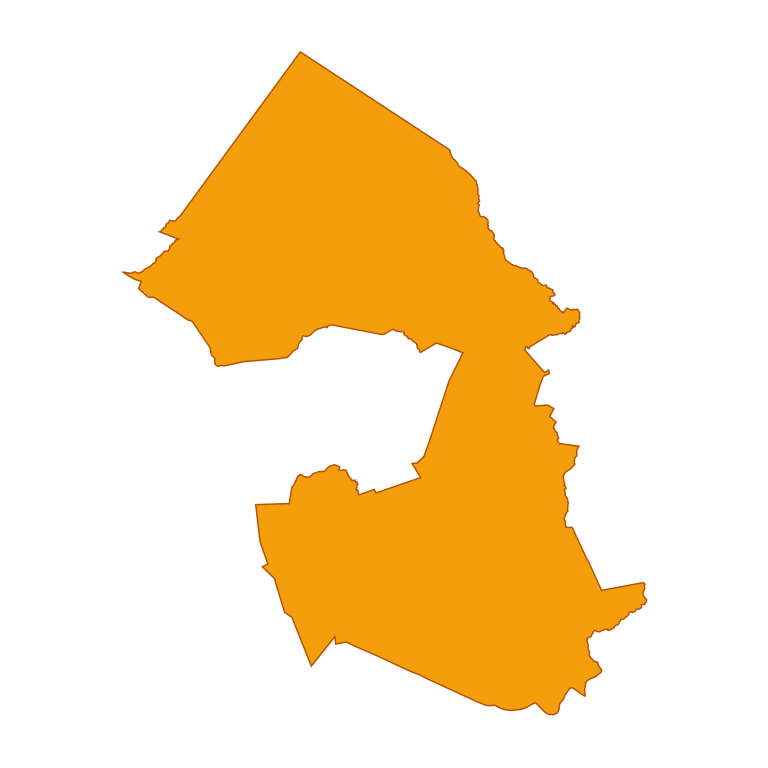 the district of Kieni, Central, Kenya, rotated 269°
{"feature_id": "3690345B61847449937296", "entity_name": "Kieni", "entity_type": "district", "adm_level": 2, "iso_a3": "KEN", "parent_name": "Kenya", "parent_adm1": "Central", "projection": "natural_earth1", "projection_center": [36.912, -0.221], "detail": "fine", "context": "isolated", "style": "filled", "palette": "amber", "viewbox_px": 768, "rotation_deg": 269, "n_neighbors": 0, "source": "geoboundaries", "source_scale": "gbopen_adm2", "svg_char_len": 6127}
<svg xmlns="http://www.w3.org/2000/svg" viewBox="0 0 768 768"><g transform="rotate(269 384 384)"><path d="M540.1,162.3L532.5,181.0L531.7,178.4L531.0,177.6L530.0,177.6L529.2,176.8L528.2,175.1L526.9,174.3L525.8,172.5L522.7,171.7L521.1,170.6L520.5,169.7L520.7,167.4L520.2,166.4L517.4,164.0L515.4,161.6L513.6,158.5L510.6,158.0L509.4,157.4L508.7,155.4L506.0,152.7L502.4,146.0L501.0,145.0L499.2,141.1L499.3,139.6L500.5,137.1L500.4,135.9L499.0,133.0L499.7,129.4L499.5,128.4L500.2,127.4L500.2,125.2L496.1,131.2L493.4,135.9L492.2,138.6L491.0,143.0L483.7,140.4L475.2,149.4L474.7,151.4L474.8,155.1L474.3,156.0L451.4,189.2L450.5,192.7L449.7,193.6L423.5,210.6L416.5,211.9L415.3,212.6L412.8,215.3L407.0,215.3L404.9,217.4L404.7,219.5L405.6,221.4L405.0,223.6L405.1,225.2L408.8,244.3L411.2,279.9L412.1,284.7L411.9,286.7L412.2,287.6L416.2,291.9L418.2,293.3L420.9,297.8L421.7,298.5L425.3,299.2L427.4,300.4L429.9,302.9L431.9,302.8L433.2,303.3L433.6,304.4L432.8,306.9L433.0,308.2L434.2,311.2L437.5,314.5L439.8,317.9L441.8,324.6L442.2,327.0L441.4,327.4L441.6,328.2L442.4,328.1L444.0,331.4L444.1,332.5L433.5,382.9L433.8,385.2L438.3,393.2L438.2,395.0L436.9,396.7L436.0,401.6L436.1,402.9L435.4,405.3L433.7,404.8L432.2,405.8L431.0,408.4L429.8,408.5L428.9,409.3L428.5,412.2L426.9,413.1L423.8,417.2L420.0,417.9L418.9,418.4L417.5,420.1L415.8,420.0L414.9,421.0L424.1,437.1L419.5,449.7L413.8,463.5L386.0,449.1L327.4,428.9L311.5,422.9L309.8,421.7L305.3,416.6L304.5,415.4L303.9,410.7L289.8,419.0L275.2,374.1L278.7,372.3L273.9,357.9L273.8,356.3L276.2,356.6L278.6,355.6L278.1,354.6L279.7,354.1L281.3,355.2L283.6,355.2L284.3,356.1L286.6,355.1L286.1,354.1L287.6,353.2L288.3,353.5L287.9,350.8L292.4,347.1L292.9,346.1L293.8,346.5L298.6,344.4L298.5,343.0L299.0,341.9L298.4,340.7L298.7,337.6L299.7,337.4L301.7,338.3L302.9,336.5L304.1,332.9L302.7,328.2L300.8,325.7L298.2,323.5L297.5,321.2L297.7,319.7L297.4,316.8L296.2,314.0L295.9,312.0L292.2,307.9L291.9,307.1L292.8,303.6L292.4,302.6L294.4,300.4L294.8,299.5L294.7,298.1L293.9,297.8L293.8,296.6L284.4,291.9L282.1,290.0L266.1,287.2L265.6,253.6L228.2,257.4L206.2,264.7L203.4,259.2L190.9,271.5L187.8,272.0L157.4,280.7L152.3,287.9L103.2,306.4L132.2,330.5L124.8,331.2L126.3,339.7L126.4,342.2L121.0,353.3L113.4,370.1L96.0,406.0L92.2,415.5L88.7,421.6L65.1,470.7L61.1,479.8L60.5,483.8L60.9,488.5L60.6,489.9L58.0,494.4L56.5,498.1L55.4,505.2L55.9,511.9L57.1,518.5L61.8,527.5L62.5,529.7L62.0,530.6L53.6,538.6L51.4,541.6L50.7,543.2L50.5,548.1L51.6,550.5L53.3,552.3L56.2,553.4L59.0,553.5L62.2,554.7L65.5,557.8L70.0,559.7L76.3,564.3L76.9,565.6L76.9,566.9L76.4,568.0L70.1,576.7L68.7,578.7L68.6,579.7L74.2,579.2L82.5,580.7L83.3,581.3L85.6,585.0L88.0,591.3L89.5,592.4L91.3,595.3L93.5,596.6L94.3,596.6L99.2,593.2L102.1,592.7L102.9,589.6L106.7,585.8L108.3,584.7L110.9,584.5L112.2,584.9L115.6,583.5L116.8,583.3L118.7,583.7L124.0,582.5L126.2,583.0L126.9,584.0L127.8,586.5L133.6,589.6L133.9,590.4L132.8,592.7L132.5,595.1L132.9,596.3L133.7,596.8L133.8,598.6L134.6,599.8L134.8,601.0L134.7,602.9L133.8,603.7L133.7,604.9L136.3,609.7L137.9,610.4L139.7,614.2L140.6,614.8L141.9,614.7L142.5,615.8L144.7,617.0L144.7,619.1L145.2,620.2L147.0,621.7L147.8,623.4L149.3,624.6L151.3,625.2L152.0,627.7L151.3,628.7L151.6,629.7L152.1,630.9L153.0,631.7L154.2,631.9L154.6,632.7L154.5,635.3L155.1,636.4L156.3,637.6L158.4,637.4L159.0,638.4L158.9,640.2L159.3,641.0L161.2,641.8L161.6,642.5L163.8,642.8L165.9,640.8L168.9,639.4L171.0,639.3L174.9,641.2L178.0,640.8L178.9,641.4L179.8,641.1L180.1,639.9L180.9,639.7L173.8,597.9L202.1,585.7L207.2,583.0L237.3,569.6L237.5,563.5L240.6,562.7L242.9,563.1L245.8,561.9L247.1,561.7L249.7,563.3L251.6,563.8L253.7,565.7L256.1,565.1L257.2,565.7L259.6,565.6L261.7,566.1L266.1,565.3L269.8,562.9L270.9,563.3L275.7,562.6L276.2,564.1L277.9,563.9L279.6,562.4L280.6,563.1L283.4,562.2L288.6,561.6L291.6,563.1L293.3,564.8L295.7,568.8L300.3,573.3L302.7,572.9L306.7,573.4L308.8,575.5L314.2,575.5L318.4,577.7L321.4,558.2L324.8,556.0L326.6,557.6L332.0,556.0L332.7,556.2L333.0,555.3L335.5,553.5L336.4,553.6L337.0,552.6L340.2,553.6L342.9,555.5L348.6,549.1L356.3,553.4L360.0,547.7L359.5,535.0L360.8,533.8L380.6,540.1L388.8,543.2L391.5,549.4L395.2,548.9L392.7,544.7L415.9,525.0L416.9,525.9L418.9,526.4L418.7,527.5L416.9,528.9L417.1,529.9L419.0,530.4L419.2,531.3L430.4,550.6L430.4,551.8L429.6,552.7L430.2,554.6L429.9,556.0L430.4,556.8L430.3,558.2L431.0,559.2L431.4,560.6L431.2,563.0L432.0,563.4L432.1,564.5L430.6,565.4L431.4,567.4L432.4,567.4L432.8,568.3L432.8,569.4L434.3,571.9L435.0,571.4L435.9,571.7L436.8,573.8L438.5,573.2L438.9,574.0L438.0,574.6L437.7,575.7L441.2,577.3L442.1,580.0L444.4,580.1L446.6,581.1L447.6,580.5L451.9,580.9L454.8,579.3L455.4,578.0L455.0,575.4L455.4,574.2L454.4,572.7L456.7,568.2L454.9,566.6L453.6,566.1L452.1,564.6L452.2,563.5L453.0,563.7L453.2,562.8L454.6,561.1L456.6,560.2L457.5,558.8L459.3,558.2L459.3,556.9L460.4,556.6L461.0,555.8L460.8,555.0L461.5,554.4L462.3,555.1L464.1,551.9L465.9,550.8L466.5,551.5L468.4,551.6L469.4,555.9L470.4,556.5L471.5,556.0L473.3,554.2L475.0,554.5L477.2,550.3L477.3,548.9L480.0,548.1L479.7,544.9L480.4,543.1L482.0,541.9L482.6,540.0L483.2,539.6L485.4,539.6L486.9,537.7L487.9,535.5L489.9,535.6L492.3,534.5L493.2,534.0L494.7,532.2L495.4,530.2L496.2,529.7L497.3,527.7L497.5,523.9L499.5,518.4L500.2,517.8L499.9,516.6L501.7,513.2L505.9,507.7L513.5,505.6L514.9,506.3L515.5,505.5L517.2,505.5L518.1,504.6L518.4,503.3L520.9,501.4L521.6,500.1L522.8,499.8L523.4,498.5L525.2,497.7L525.7,496.6L526.6,496.2L529.4,496.8L532.0,496.5L534.0,495.0L535.2,494.6L536.2,491.7L537.4,491.5L538.1,490.6L539.8,491.1L540.6,491.0L541.3,490.2L543.8,491.1L546.1,490.4L548.5,488.4L549.1,487.5L549.6,486.6L549.6,483.9L550.5,482.9L553.8,481.9L555.8,480.9L560.7,482.2L561.6,482.2L563.0,480.8L565.5,482.8L567.2,481.9L570.4,482.1L572.3,481.1L578.0,481.3L585.8,479.4L586.4,478.4L591.8,474.0L597.1,467.9L601.1,462.0L603.3,461.4L606.9,458.5L608.0,456.9L613.1,454.5L616.8,453.9L717.5,306.1L555.9,183.4L552.9,179.9L551.2,178.9L550.6,177.7L550.7,175.3L551.3,173.5L551.3,172.4L549.0,171.6L548.1,169.5L547.4,168.9L545.4,168.7L544.4,167.9L544.0,166.5L540.5,163.5L540.1,162.3Z" fill="#f59e0b" stroke="#b45309" stroke-width="1.5"/></g></svg>